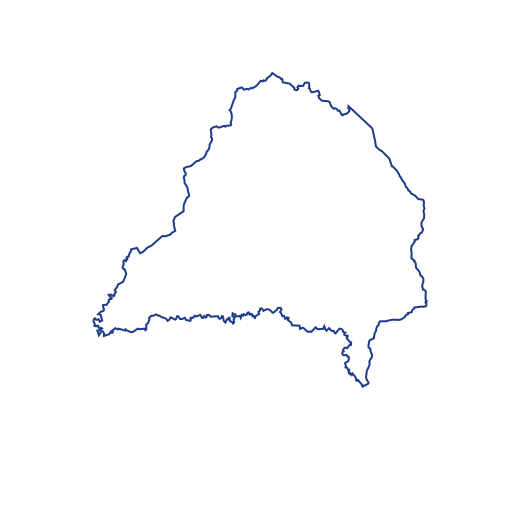 Dom Pedrito, Rio Grande do Sul, Brazil (Equal Earth projection), rotated 157°
{"feature_id": "56859067B88421648496139", "entity_name": "Dom Pedrito", "entity_type": "district", "adm_level": 2, "iso_a3": "BRA", "parent_name": "Brazil", "parent_adm1": "Rio Grande do Sul", "projection": "equal_earth", "projection_center": [-54.6, -31.019], "detail": "fine", "context": "isolated", "style": "outline", "palette": "blue", "viewbox_px": 512, "rotation_deg": 157, "n_neighbors": 0, "source": "geoboundaries", "source_scale": "gbopen_adm2", "svg_char_len": 6123}
<svg xmlns="http://www.w3.org/2000/svg" viewBox="0 0 512 512"><g transform="rotate(157 256 256)"><path d="M427.3,241.8L421.6,241.4L420.1,242.4L418.1,241.4L417.5,242.1L418.5,243.2L413.7,244.5L411.8,242.4L410.8,242.8L405.6,238.5L404.7,239.4L404.3,238.3L400.6,234.6L399.1,234.2L393.2,235.3L392.3,234.3L387.0,232.7L386.8,230.9L385.6,231.3L383.9,235.7L381.5,236.5L378.9,239.2L378.8,240.6L376.3,241.8L373.2,241.0L371.7,241.4L370.4,241.0L369.4,239.2L368.2,239.0L367.2,237.1L363.1,233.3L362.8,230.9L361.1,231.1L358.5,232.9L355.2,229.0L354.1,229.3L352.3,231.4L351.1,231.0L350.5,227.7L348.7,226.9L345.7,227.0L345.3,224.3L341.8,222.0L340.9,222.8L340.6,224.5L339.4,224.5L338.4,223.6L335.7,225.0L334.8,223.7L330.2,223.5L329.9,220.1L329.1,219.7L327.2,221.1L326.4,219.0L324.9,219.6L324.3,220.8L322.5,220.2L321.3,217.8L314.5,215.4L314.6,213.0L313.8,212.3L312.5,212.5L310.8,214.0L310.1,213.4L311.0,208.8L310.2,206.7L307.4,209.1L306.4,208.5L305.3,209.8L304.5,209.4L305.4,206.4L303.7,204.3L303.6,202.9L302.0,203.4L301.5,206.2L299.7,207.7L301.3,209.8L299.9,212.3L299.0,210.7L297.8,210.4L298.2,208.3L294.3,207.1L294.3,205.0L292.1,207.4L291.3,206.2L290.0,207.3L288.5,205.5L287.4,205.7L286.0,207.1L284.8,207.0L284.9,204.7L283.9,204.3L283.2,204.8L282.3,203.9L282.8,201.9L281.7,201.7L281.1,200.8L281.7,198.7L279.9,200.8L275.7,201.5L275.6,203.6L273.8,204.2L272.6,206.0L271.2,205.6L270.5,202.6L267.4,202.9L265.6,202.3L263.7,199.7L262.9,197.4L262.1,197.0L257.8,198.3L256.2,199.7L253.7,198.7L253.3,196.9L255.8,195.1L255.3,193.9L255.2,190.2L253.6,189.9L253.7,186.9L252.4,186.6L251.5,187.4L250.2,186.4L251.7,184.6L249.7,181.0L249.8,178.0L243.2,174.9L243.9,171.6L241.5,171.9L240.4,171.1L238.4,166.5L237.3,165.6L235.5,165.4L234.7,164.5L229.0,167.1L228.1,164.7L222.7,162.7L220.6,164.7L220.8,161.1L220.3,159.7L216.9,161.0L215.8,157.8L213.7,156.4L213.8,155.0L213.0,153.7L207.6,156.6L205.5,155.0L205.1,153.3L205.4,152.1L203.8,150.6L204.9,150.2L205.5,149.3L204.8,148.0L202.8,146.9L203.2,145.8L204.1,145.7L204.6,144.5L203.0,139.8L202.2,139.3L203.4,137.0L204.4,137.6L208.2,135.5L209.0,136.6L211.0,136.7L212.6,135.5L212.5,133.9L213.7,133.9L214.6,132.8L214.8,131.4L213.8,130.2L211.3,129.6L211.1,127.8L210.1,127.3L210.6,125.3L212.3,123.1L215.9,122.7L216.3,119.4L217.1,118.5L215.8,117.5L215.7,114.5L214.9,114.6L216.3,112.2L215.8,110.7L215.0,111.3L214.4,109.1L213.1,110.1L211.9,106.4L211.8,104.0L212.5,102.6L211.6,101.6L210.6,102.0L208.9,96.6L209.1,95.1L208.7,94.0L207.5,94.8L206.4,94.2L202.9,94.5L201.8,95.5L202.4,98.7L202.1,101.4L198.8,107.1L194.6,110.7L193.3,112.9L192.9,114.6L190.6,116.6L189.8,116.7L188.2,118.7L187.8,119.8L187.8,123.4L187.0,126.3L188.1,127.6L187.9,128.9L185.1,133.4L183.9,134.0L179.7,134.2L177.0,138.5L174.9,140.0L173.5,142.3L172.0,143.9L170.4,144.3L169.2,146.1L167.4,147.4L160.6,144.7L159.6,145.0L154.6,143.8L149.4,141.3L146.7,140.9L142.9,141.7L140.6,143.2L138.8,143.0L138.3,144.2L134.7,143.4L132.8,145.5L130.9,145.8L130.3,146.7L122.9,144.6L121.6,143.7L119.0,143.5L118.1,144.6L117.8,145.8L118.2,146.7L117.7,147.6L116.7,147.4L116.4,148.4L116.9,149.3L116.7,150.4L113.5,157.1L114.4,159.3L115.4,159.8L114.9,163.0L113.5,165.5L112.4,166.2L110.8,169.7L111.3,172.6L112.2,173.6L111.7,177.6L113.2,182.7L111.8,187.4L112.6,189.2L111.9,189.8L113.8,193.2L111.4,198.3L110.8,201.1L109.0,204.3L104.4,207.0L103.9,208.7L100.6,208.3L99.6,208.8L98.7,211.4L97.6,211.5L96.1,212.7L94.2,212.8L91.7,215.2L91.9,218.8L90.8,222.0L86.5,225.2L84.8,228.9L84.3,232.0L82.3,234.1L81.9,237.4L80.9,238.5L80.0,241.7L80.5,242.7L84.5,245.1L85.8,249.1L88.9,253.2L89.2,256.0L90.1,256.7L90.2,259.5L91.0,260.9L90.8,264.5L91.9,269.5L91.9,271.8L92.5,273.0L92.4,275.8L93.2,280.1L95.1,284.9L95.8,285.5L95.2,293.6L99.0,302.9L101.0,305.9L102.8,309.9L101.3,316.0L99.2,327.1L99.4,328.7L112.3,357.8L113.3,356.0L112.2,354.7L113.3,353.9L113.5,352.7L116.8,351.6L120.2,352.2L121.1,351.6L122.0,352.7L122.4,357.3L123.8,357.6L124.3,359.8L125.8,361.3L126.8,361.1L127.5,362.2L128.4,365.1L128.0,368.7L129.5,370.5L134.6,373.1L136.2,376.4L136.0,379.1L134.5,379.2L134.0,382.3L134.2,383.8L140.3,384.7L141.3,385.7L141.1,388.6L141.8,390.0L140.8,390.8L139.7,394.6L140.9,395.7L143.4,396.3L146.2,394.2L149.1,395.1L150.1,396.2L152.0,395.1L151.7,393.6L152.8,392.7L154.0,392.9L155.6,394.3L155.1,396.0L157.7,401.5L163.5,405.4L162.7,408.8L163.8,409.3L164.4,411.3L165.7,412.0L169.5,418.0L172.1,416.4L176.9,415.3L177.2,414.2L178.6,413.8L179.5,413.8L180.4,414.7L181.2,414.0L183.2,415.4L189.0,412.5L193.6,411.8L194.7,412.7L197.9,412.2L198.7,413.3L202.0,413.8L203.2,416.7L208.0,417.1L208.7,415.6L211.0,414.9L213.0,410.2L215.9,407.8L221.4,401.6L223.3,400.6L222.8,399.7L222.9,396.5L223.9,393.3L225.6,390.4L227.2,388.9L227.4,386.8L228.5,386.1L232.1,387.4L233.8,387.1L234.3,388.2L240.0,388.7L240.9,389.3L241.7,390.9L246.0,391.1L248.2,390.2L249.9,384.4L250.9,383.1L250.6,381.4L251.1,379.8L255.2,376.7L256.4,374.1L258.5,372.2L260.9,371.1L261.6,369.9L265.2,367.1L268.8,366.4L269.6,366.7L271.5,366.0L273.8,366.5L281.0,364.2L285.1,365.1L288.2,364.8L288.7,362.9L288.4,359.2L289.9,357.6L290.9,357.7L292.0,356.1L292.0,354.4L293.2,351.0L292.5,347.6L292.6,344.0L293.2,343.2L293.7,338.1L294.6,337.1L296.8,336.6L301.2,332.7L302.8,330.8L305.2,325.5L315.3,323.6L318.5,320.4L318.7,317.8L319.6,316.5L320.5,310.7L324.5,310.2L326.7,309.2L332.0,309.6L333.9,310.9L335.0,310.8L348.6,306.3L352.5,306.2L358.1,304.0L361.6,303.8L362.4,309.9L368.3,310.9L369.6,308.8L371.1,308.2L373.7,305.1L374.6,305.6L376.0,305.1L375.7,303.2L377.1,302.9L377.7,302.1L378.8,303.7L380.2,302.9L380.9,300.2L383.4,297.5L383.3,296.3L382.0,294.9L382.5,290.1L388.3,284.2L394.3,283.7L395.6,282.0L399.4,279.7L399.0,277.6L401.1,276.5L401.7,274.9L402.7,274.6L404.4,277.0L406.8,277.8L406.5,276.1L405.2,274.0L405.8,272.9L407.6,273.5L408.7,273.2L409.1,271.6L412.6,269.5L415.9,270.6L416.4,269.7L416.9,266.0L417.8,265.1L420.6,265.3L424.0,264.1L422.0,262.5L422.8,256.7L425.5,256.5L425.6,259.3L428.0,259.6L428.7,261.6L430.4,260.8L431.1,259.4L431.0,256.0L432.0,255.0L430.7,253.8L429.3,254.0L428.5,253.2L428.9,251.7L428.3,250.4L426.9,250.6L426.1,249.5L429.2,248.7L431.2,249.3L431.6,244.4L427.6,247.1L426.5,246.4L426.0,244.2L427.3,241.8Z" fill="none" stroke="#1e3a8a" stroke-width="2"/></g></svg>